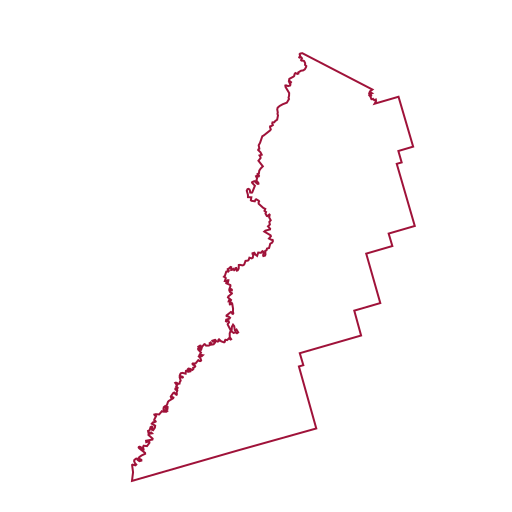 Libertador General San Martín, Chaco, Argentina, rotated 254°
{"feature_id": "61730980B66266771841510", "entity_name": "Libertador General San Martín", "entity_type": "district", "adm_level": 2, "iso_a3": "ARG", "parent_name": "Argentina", "parent_adm1": "Chaco", "projection": "robinson", "projection_center": [-59.436, -26.27], "detail": "fine", "context": "isolated", "style": "outline", "palette": "rose", "viewbox_px": 512, "rotation_deg": 254, "n_neighbors": 0, "source": "geoboundaries", "source_scale": "gbopen_adm2", "svg_char_len": 6109}
<svg xmlns="http://www.w3.org/2000/svg" viewBox="0 0 512 512"><g transform="rotate(254 256 256)"><path d="M73.6,266.4L138.0,266.8L138.0,271.4L150.5,271.3L150.6,335.1L176.4,335.4L176.5,362.5L227.9,362.6L228.0,389.8L241.0,389.7L241.1,416.9L305.8,416.7L305.8,421.8L317.7,421.8L317.8,437.2L369.8,436.9L369.7,412.0L371.8,414.1L373.4,414.3L373.2,412.6L374.8,411.8L374.6,411.0L374.9,410.2L377.8,409.9L378.4,411.0L378.8,411.0L379.6,410.4L378.6,409.5L379.5,409.1L380.3,410.0L380.5,412.3L381.3,411.5L381.6,410.0L382.8,410.9L383.9,413.8L438.2,356.4L438.4,354.3L438.0,353.6L436.4,353.6L435.0,352.3L434.7,352.5L434.7,354.1L433.4,354.7L431.9,353.3L431.3,353.6L430.7,355.3L430.1,356.0L427.8,356.4L426.2,355.8L424.7,356.7L423.8,356.2L422.0,354.4L421.4,352.5L421.7,350.4L420.8,347.2L419.7,347.0L419.6,346.0L421.0,344.3L420.2,343.2L418.5,342.3L418.1,341.5L417.1,336.9L415.6,336.1L413.4,337.6L413.1,337.3L413.7,335.9L411.2,336.3L410.5,335.8L410.5,333.7L411.8,331.9L411.8,331.2L410.3,331.0L403.5,332.8L400.8,331.9L399.2,330.9L397.8,331.0L394.9,327.9L394.5,323.5L393.7,320.1L392.6,317.7L391.0,316.8L388.0,316.5L386.7,315.8L385.1,315.9L381.2,313.9L380.4,311.6L379.5,310.4L379.9,308.7L378.9,308.1L377.2,308.3L376.7,306.7L376.8,305.4L376.2,305.0L373.6,305.1L372.9,304.3L369.7,296.5L369.4,295.1L363.7,291.1L361.7,289.1L358.2,288.8L357.8,287.6L357.3,287.3L354.4,288.9L351.8,289.4L351.7,287.1L349.8,287.6L348.9,287.4L346.9,284.6L340.3,287.3L338.8,284.6L337.2,282.7L334.7,281.6L334.4,280.1L333.7,280.1L333.0,280.9L332.2,281.0L331.7,280.5L331.8,279.8L332.9,278.9L332.7,278.0L330.3,278.4L328.5,277.2L325.6,278.4L324.8,278.3L324.7,277.7L325.3,277.0L327.3,275.8L328.0,275.9L328.4,275.0L328.1,272.7L327.6,272.4L323.8,274.3L318.3,270.0L318.0,269.5L318.6,267.9L320.7,268.2L321.7,268.1L322.6,267.3L322.6,266.3L321.3,265.1L317.0,265.1L314.8,264.5L313.7,267.7L311.0,266.4L310.3,266.9L308.9,269.9L310.3,271.1L310.5,271.8L308.3,273.9L307.7,274.1L306.5,273.1L305.4,273.0L300.3,276.2L298.7,277.9L297.1,276.6L295.5,277.8L294.2,276.8L291.5,277.4L291.2,277.8L292.2,280.3L291.8,280.5L289.5,279.3L286.3,280.0L285.1,278.2L282.4,278.0L281.2,275.7L278.3,277.1L277.7,276.8L277.8,272.0L277.2,270.7L271.9,275.7L270.9,275.8L269.2,273.3L267.2,275.4L266.9,276.4L265.7,276.4L264.4,275.2L263.9,273.1L260.1,270.8L260.1,268.6L258.6,267.7L258.4,266.3L254.8,265.5L253.9,264.8L253.9,263.1L254.5,263.0L257.3,264.2L258.3,264.1L258.9,263.5L257.7,261.6L258.7,259.1L255.8,257.1L257.4,255.9L259.6,255.3L259.6,253.4L259.0,253.2L257.8,254.0L256.9,253.1L255.3,252.5L254.9,251.2L256.2,249.2L254.3,247.9L253.8,246.9L254.2,244.6L251.2,242.4L250.7,241.5L250.7,240.4L251.9,238.2L252.1,237.0L248.7,235.9L247.3,234.5L247.2,233.7L249.9,233.7L250.0,232.9L248.3,231.5L248.3,231.1L249.9,230.5L249.3,229.2L249.4,228.3L252.1,229.1L252.5,228.5L251.5,226.7L251.2,225.2L250.3,225.1L249.6,225.8L249.1,225.7L248.6,224.9L249.2,224.1L249.2,223.1L245.8,220.8L244.9,219.5L243.6,220.8L242.9,220.8L240.5,219.1L240.1,220.0L240.5,222.3L240.3,222.8L238.6,221.9L238.4,220.1L238.0,219.9L235.2,223.3L234.2,223.2L231.7,221.4L231.0,223.0L230.4,223.5L229.7,223.3L230.3,221.6L230.1,220.9L228.5,221.1L227.3,222.4L226.6,222.5L224.8,218.3L223.9,217.6L220.6,219.9L220.0,219.4L220.7,217.7L219.8,217.1L219.2,218.3L218.5,218.6L217.3,217.5L216.7,217.5L216.6,218.4L217.3,219.8L216.7,220.0L211.6,219.4L208.9,218.5L207.2,218.4L206.7,217.8L207.1,217.3L208.4,217.1L209.1,216.5L207.0,211.3L206.3,211.2L205.2,213.0L203.8,214.0L203.1,213.2L203.0,209.8L201.6,209.1L201.1,209.6L201.6,210.9L200.8,211.8L199.5,211.7L198.7,210.3L198.0,209.9L191.4,211.2L191.0,211.5L191.3,212.1L194.6,213.3L196.3,215.0L194.6,215.7L190.5,215.2L190.0,215.9L190.6,217.0L187.5,217.8L187.0,216.4L188.4,215.1L188.2,213.3L190.1,211.8L190.4,210.5L188.9,209.4L185.2,208.4L182.9,209.2L182.7,208.6L184.3,207.2L183.1,205.1L183.9,203.5L183.4,202.8L182.2,202.5L181.8,201.5L183.6,199.0L186.1,197.5L185.7,196.8L184.5,196.7L184.2,195.7L185.3,194.1L186.6,193.8L186.7,193.4L186.6,190.8L185.5,191.1L185.5,192.2L185.0,193.1L184.1,192.8L182.8,190.9L183.0,189.1L185.4,188.6L185.0,187.4L183.2,187.5L182.9,186.0L183.6,183.3L185.3,182.5L185.5,182.1L183.7,179.2L181.0,177.4L181.2,176.9L182.1,176.6L183.2,177.0L183.8,177.9L185.1,178.0L185.3,177.6L184.7,175.5L183.4,175.7L182.7,174.7L181.9,174.7L178.3,176.5L176.7,174.7L175.3,177.5L174.6,176.1L175.4,174.1L175.2,173.4L173.0,174.4L170.8,174.5L170.3,173.8L170.6,172.7L171.8,171.8L169.4,168.3L170.1,165.6L169.8,165.2L169.1,165.3L167.5,167.0L166.7,167.2L166.1,166.4L165.9,164.8L164.7,164.7L164.0,163.5L165.7,161.5L166.4,160.1L166.0,159.3L165.5,159.1L164.0,161.7L163.2,161.2L163.4,158.8L164.7,158.3L165.0,157.5L164.9,157.0L162.3,155.9L163.9,153.2L164.0,151.4L163.4,150.7L162.2,149.8L161.3,150.3L160.1,152.2L159.5,152.2L159.4,151.6L160.7,150.0L160.6,149.2L156.9,149.2L156.0,148.1L154.4,147.3L154.7,145.6L155.9,144.9L156.4,143.9L156.3,143.4L154.9,143.9L154.2,145.3L152.8,143.4L151.0,144.4L150.3,143.9L151.1,142.5L150.9,142.0L150.0,141.7L149.4,142.1L149.2,143.0L148.4,143.3L146.6,142.0L145.1,141.9L144.5,141.4L145.2,140.6L147.3,139.7L147.1,138.7L144.4,135.3L143.4,135.4L143.5,136.7L142.7,137.6L142.1,137.2L140.8,132.4L140.1,131.2L137.7,129.6L136.5,128.2L135.8,128.2L135.2,129.4L133.3,128.7L133.0,128.1L135.0,127.1L136.6,126.9L136.1,125.7L134.3,124.8L133.4,125.0L132.1,127.4L131.4,127.9L131.0,126.9L132.0,123.7L132.8,122.8L130.4,119.2L131.6,116.0L131.6,114.6L130.8,114.7L130.3,115.6L129.6,115.8L126.8,113.1L126.0,112.9L125.2,113.8L124.5,113.9L124.2,112.6L124.5,111.1L123.5,109.6L120.7,112.3L118.9,111.5L116.9,109.1L117.7,108.1L120.2,109.3L120.8,108.6L120.6,107.5L118.4,106.1L117.8,105.4L117.6,104.0L116.2,103.9L115.3,105.3L115.2,106.7L114.2,107.2L114.6,103.7L113.6,103.3L108.9,106.3L108.1,105.8L108.7,99.4L107.3,99.2L107.3,102.3L105.8,102.1L103.3,98.8L104.6,95.7L103.5,94.8L101.0,94.6L101.2,93.5L104.1,92.5L104.8,91.5L104.7,90.7L104.2,90.4L103.4,90.7L97.3,95.1L96.4,94.9L95.8,91.0L94.8,88.3L94.1,87.7L93.0,88.2L91.7,89.6L90.9,89.4L90.9,87.4L92.6,86.0L93.9,86.0L94.3,85.0L93.5,82.9L92.5,82.3L90.4,82.5L88.5,83.4L88.0,82.4L89.5,79.8L89.3,79.3L82.0,78.2L74.0,74.8L74.1,184.8L73.6,266.4Z" fill="none" stroke="#9f1239" stroke-width="2"/></g></svg>